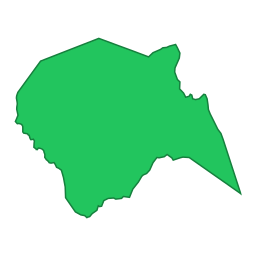 the district of Barre Denis, Anse-la-Raye, Saint Lucia
{"feature_id": "8701671B57148125008640", "entity_name": "Barre Denis", "entity_type": "district", "adm_level": 2, "iso_a3": "LCA", "parent_name": "Saint Lucia", "parent_adm1": "Anse-la-Raye", "projection": "equal_earth", "projection_center": [-60.992, 13.968], "detail": "fine", "context": "isolated", "style": "filled", "palette": "green", "viewbox_px": 256, "rotation_deg": 0, "n_neighbors": 0, "source": "geoboundaries", "source_scale": "gbopen_adm2", "svg_char_len": 1707}
<svg xmlns="http://www.w3.org/2000/svg" viewBox="0 0 256 256"><path d="M66.2,51.1L56.2,55.0L40.6,61.1L17.9,92.3L17.1,94.5L16.6,96.1L16.5,97.4L16.4,98.0L16.5,98.5L17.1,101.9L17.3,104.0L17.1,105.2L16.8,107.2L16.7,109.2L17.1,111.0L18.0,115.2L16.1,119.9L15.4,121.5L17.3,123.7L18.7,123.5L20.6,123.9L21.8,124.7L22.7,126.3L22.8,127.6L22.8,131.9L23.7,133.1L27.5,133.8L28.3,135.0L29.2,135.3L29.8,137.7L30.7,139.6L31.7,139.6L33.3,139.2L34.4,140.8L34.1,143.2L33.9,147.3L36.6,149.3L36.5,149.5L37.3,149.6L38.3,148.1L39.2,148.1L40.3,148.4L41.6,148.8L42.6,149.5L43.3,150.2L43.8,150.9L44.1,152.4L44.7,153.9L44.9,155.1L44.8,156.6L44.8,157.5L45.6,158.5L46.3,159.7L47.3,160.4L48.5,161.6L49.2,162.7L51.0,163.1L54.1,162.6L55.2,164.4L56.6,167.3L58.8,168.3L61.4,170.2L63.5,177.6L65.2,186.9L65.6,197.7L75.4,211.9L80.9,214.9L84.7,215.6L86.9,217.6L87.2,217.3L89.7,216.6L92.2,213.6L96.9,210.3L98.3,205.8L99.6,206.6L101.6,206.2L103.8,200.6L108.2,198.4L113.7,198.0L115.7,199.1L121.5,198.4L123.4,196.5L129.5,197.3L132.8,189.1L138.4,182.0L141.7,176.4L143.3,174.9L146.6,173.5L149.7,170.1L153.0,162.7L156.9,157.5L159.1,157.8L164.3,156.7L167.1,154.5L170.2,156.7L171.8,157.8L173.2,160.1L180.1,157.8L182.9,157.1L189.2,157.5L240.1,193.2L240.6,193.6L240.4,192.7L223.0,139.1L220.9,133.4L217.8,129.3L213.9,121.4L210.2,114.0L208.4,109.5L208.0,105.0L207.1,98.8L206.4,97.2L205.3,94.7L203.8,94.3L199.2,98.8L195.5,99.6L192.7,98.8L191.8,95.1L190.3,94.3L189.1,96.3L185.7,97.2L183.6,93.1L179.6,88.9L179.9,81.9L177.4,79.5L174.7,72.1L175.0,67.9L179.3,58.1L179.9,53.1L177.4,47.8L175.6,44.5L169.5,46.1L166.7,47.4L162.8,47.8L160.6,49.4L153.0,52.7L148.6,56.9L131.3,50.4L114.7,44.3L98.8,38.4L66.2,51.1Z" fill="#22c55e" stroke="#15803d" stroke-width="1.5"/></svg>